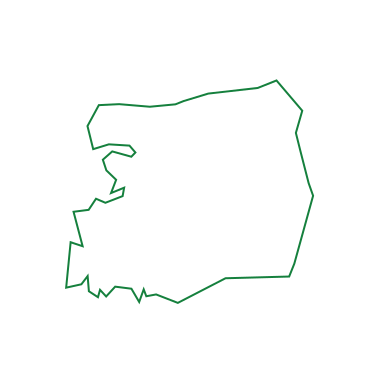 Montgomery, Virginia, United States of America (Albers equal-area conic projection), rotated 21°
{"feature_id": "52423323B95683918049548", "entity_name": "Montgomery", "entity_type": "district", "adm_level": 2, "iso_a3": "USA", "parent_name": "United States of America", "parent_adm1": "Virginia", "projection": "albers", "projection_center": [-80.462, 37.177], "detail": "fine", "context": "isolated", "style": "outline", "palette": "green", "viewbox_px": 384, "rotation_deg": 21, "n_neighbors": 0, "source": "geoboundaries", "source_scale": "gbopen_adm2", "svg_char_len": 763}
<svg xmlns="http://www.w3.org/2000/svg" viewBox="0 0 384 384"><g transform="rotate(21 192 192)"><path d="M88.5,252.9L109.3,281.8L96.7,282.4L108.8,326.4L121.8,317.8L124.7,307.9L131.3,321.6L141.9,323.9L141.2,316.3L149.3,320.3L154.2,307.9L170.1,304.0L182.1,313.6L181.8,300.2L186.7,305.7L195.2,300.5L218.5,300.6L254.2,260.5L260.5,257.9L313.0,236.1L313.2,222.3L306.4,152.1L297.7,141.9L278.8,115.3L267.8,99.6L265.8,76.6L230.9,57.6L216.1,71.3L171.9,94.3L151.6,110.1L145.1,116.1L122.1,127.5L92.5,136.1L73.9,144.3L70.8,167.9L84.4,187.4L97.3,177.3L117.0,171.1L125.0,175.4L122.7,180.8L103.0,182.7L97.2,193.8L104.3,202.5L116.8,207.8L116.8,222.0L127.1,212.3L128.7,220.7L115.0,233.1L104.8,232.7L101.9,245.7L88.5,252.9Z" fill="none" stroke="#15803d" stroke-width="2"/></g></svg>